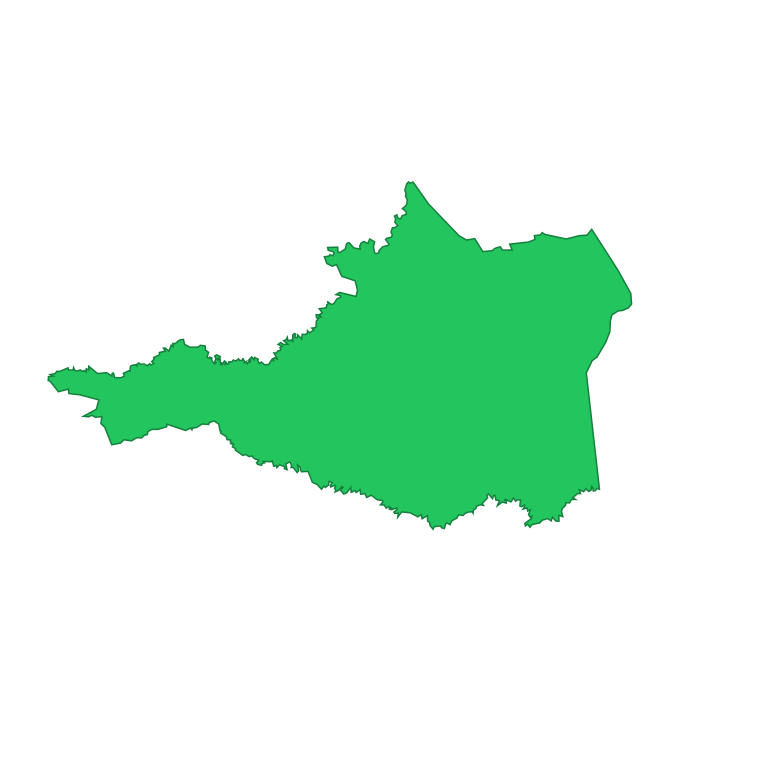 the district of Simon Bolivar, Guayas, Ecuador, rotated 141°
{"feature_id": "8360857B9786839624042", "entity_name": "Simon Bolivar", "entity_type": "district", "adm_level": 2, "iso_a3": "ECU", "parent_name": "Ecuador", "parent_adm1": "Guayas", "projection": "orthographic", "projection_center": [-79.376, -2.042], "detail": "fine", "context": "isolated", "style": "filled", "palette": "green", "viewbox_px": 768, "rotation_deg": 141, "n_neighbors": 0, "source": "geoboundaries", "source_scale": "gbopen_adm2", "svg_char_len": 6171}
<svg xmlns="http://www.w3.org/2000/svg" viewBox="0 0 768 768"><g transform="rotate(141 384 384)"><path d="M130.6,325.0L125.2,373.5L132.5,371.9L138.9,376.4L151.1,382.0L164.8,399.0L165.8,402.1L168.8,401.5L173.7,404.7L175.7,401.3L182.4,403.4L198.3,413.6L200.1,407.5L207.8,413.6L207.2,417.4L212.4,419.6L216.1,419.6L223.9,424.7L222.0,439.9L229.2,443.9L232.4,452.1L236.1,495.8L234.3,522.6L237.4,523.7L237.7,525.6L240.2,525.4L245.9,521.4L247.0,518.1L249.2,516.3L249.9,512.6L252.4,510.2L254.4,508.8L259.3,508.8L258.4,504.2L259.8,501.8L263.9,503.4L267.3,501.9L268.8,504.4L267.5,507.4L270.3,507.9L271.1,504.9L273.8,502.9L273.6,498.5L276.6,498.5L279.0,500.1L283.0,497.7L283.6,494.8L286.0,493.4L289.9,495.5L291.9,495.3L292.0,489.8L293.0,489.0L298.8,491.5L304.1,490.7L305.4,489.3L308.1,490.2L308.8,491.6L305.9,497.2L301.8,500.5L303.9,505.7L308.0,503.4L310.0,507.4L313.0,507.9L316.1,506.5L317.6,503.8L321.8,508.8L322.2,515.8L324.6,516.7L329.1,513.3L335.7,513.9L336.7,515.6L333.9,519.5L341.9,525.6L343.2,523.0L340.3,518.9L340.4,517.1L342.9,515.8L344.8,518.6L346.0,517.9L350.3,520.4L352.6,513.6L350.0,508.0L345.7,506.7L349.1,494.2L341.5,482.4L345.5,473.7L350.6,469.6L360.9,483.1L365.1,483.7L362.3,480.2L363.3,478.6L366.8,479.8L372.6,478.0L374.8,479.0L376.2,483.9L376.5,481.5L378.6,481.5L381.0,479.6L387.0,483.3L387.1,478.3L390.3,478.5L390.8,475.6L392.2,476.6L391.1,478.8L393.1,480.6L394.8,478.0L393.7,476.2L396.9,475.5L401.4,470.8L405.0,472.9L404.5,470.2L409.6,470.5L410.0,473.6L411.7,471.6L413.3,471.6L416.3,474.1L419.5,470.9L420.2,476.6L422.1,474.6L424.0,476.4L421.3,478.5L421.8,479.6L424.0,479.6L428.7,473.8L427.8,476.3L431.5,478.0L429.7,481.2L432.2,480.1L434.7,480.8L433.7,475.4L437.3,478.0L438.2,481.2L441.4,481.4L439.6,477.2L442.1,477.6L442.2,475.8L443.5,475.5L445.8,476.5L448.2,475.8L450.0,477.5L451.2,469.8L452.4,473.2L454.2,473.5L455.4,470.9L455.2,473.7L461.3,471.8L464.6,473.9L465.5,478.3L467.9,478.2L467.5,481.6L466.1,482.4L467.9,486.1L469.8,484.6L469.8,488.3L474.1,487.7L472.6,486.6L474.3,485.2L475.0,486.4L477.5,485.7L476.8,488.1L480.0,488.4L478.3,488.9L477.5,493.1L478.5,491.3L481.3,493.0L481.2,495.1L484.5,495.0L486.1,497.5L488.1,496.9L490.7,498.9L491.9,497.5L494.7,498.8L495.1,499.6L492.9,499.8L493.5,502.3L498.0,500.8L498.5,502.2L496.7,501.9L497.6,504.1L495.9,506.1L498.0,507.3L497.9,508.8L495.1,507.5L494.0,508.3L495.8,512.1L498.2,512.2L498.4,509.8L501.6,507.7L501.1,506.3L503.2,506.2L503.1,510.4L501.4,512.7L502.6,514.4L503.4,513.4L504.7,516.1L500.4,519.0L501.4,522.9L499.0,526.0L502.4,529.7L505.1,529.6L511.7,534.7L514.0,540.3L511.8,544.9L515.6,546.9L521.0,546.8L522.7,548.5L524.4,545.8L525.0,548.1L530.4,544.9L531.5,549.8L532.9,550.7L533.3,547.1L538.8,549.9L539.9,548.0L546.4,549.5L547.2,547.9L550.4,547.6L550.0,544.8L553.1,545.4L553.4,547.2L556.4,547.2L557.8,550.5L561.1,552.7L561.2,554.6L563.7,554.8L564.8,553.5L565.2,555.5L568.6,557.3L570.1,557.2L573.3,553.8L573.5,554.7L579.8,556.3L580.8,553.5L584.5,554.4L589.3,558.5L587.3,562.8L588.5,563.3L590.5,561.4L592.4,567.3L600.0,572.4L602.3,583.6L604.5,580.7L605.7,583.2L608.1,581.0L608.3,583.0L610.6,583.7L611.1,586.0L614.8,587.5L615.6,589.4L614.9,592.1L616.9,590.5L620.3,593.3L619.4,595.4L628.0,597.8L630.3,599.8L632.9,599.0L637.5,601.4L636.2,598.2L640.1,600.9L642.8,598.0L641.8,596.7L641.9,582.9L632.5,578.6L634.9,574.9L627.3,567.1L615.6,551.1L623.5,545.4L638.0,548.1L634.3,544.5L630.6,543.4L629.3,539.8L623.8,536.3L628.9,531.4L628.2,526.3L633.8,508.1L626.0,503.9L621.2,504.3L616.1,498.8L609.8,497.8L606.4,494.7L602.4,495.0L599.8,493.6L597.5,495.6L593.2,494.9L587.8,490.8L579.7,487.5L578.0,489.4L567.4,472.7L562.0,471.5L562.1,469.3L560.6,470.3L557.1,468.2L550.4,467.3L545.7,462.9L544.1,464.0L539.3,462.2L537.6,456.9L540.9,450.9L540.5,449.4L541.9,448.8L539.6,442.2L541.0,439.6L538.4,437.0L539.8,435.8L539.1,434.4L540.6,434.0L538.9,431.8L541.4,430.5L540.0,427.3L541.1,426.1L538.6,417.3L535.9,416.3L534.5,412.4L532.1,411.3L531.6,407.2L529.2,403.7L532.7,402.9L532.7,401.0L530.3,397.9L528.6,399.0L526.4,397.9L526.5,399.8L520.8,394.7L519.2,394.5L521.5,389.4L519.0,388.3L519.8,386.5L516.4,387.0L515.4,386.0L513.1,381.8L514.7,380.9L513.2,378.4L510.7,383.7L506.2,382.7L506.9,379.0L508.8,377.6L507.0,376.1L507.2,369.9L504.8,370.3L502.2,375.4L501.6,372.5L503.4,367.8L498.0,363.8L501.5,352.8L499.1,347.7L498.8,341.5L495.0,342.5L494.6,340.6L490.8,340.3L488.0,342.9L486.4,340.1L489.7,338.8L490.2,337.5L486.0,336.3L486.0,334.8L488.0,334.2L488.2,332.1L489.9,330.8L486.4,329.9L481.1,330.8L480.8,329.5L484.7,329.3L484.5,323.7L481.2,322.9L474.9,324.5L477.7,320.5L473.5,319.2L473.9,317.2L469.1,317.0L471.5,313.0L467.9,310.8L468.9,306.7L463.9,305.6L462.2,298.5L458.5,294.4L459.3,292.9L462.8,292.4L460.0,289.8L460.4,286.2L457.3,285.7L456.3,282.7L458.0,284.2L458.6,283.4L457.2,281.6L452.0,279.6L452.8,278.3L457.0,278.2L457.1,276.9L454.2,274.6L457.1,271.9L450.7,273.4L444.6,267.3L441.3,259.5L437.3,259.1L439.2,255.3L433.1,254.4L436.5,249.8L435.6,247.8L437.2,245.3L437.3,240.3L434.8,241.5L429.3,238.1L429.8,236.1L428.1,233.7L423.6,236.6L422.3,236.2L421.3,233.1L417.3,235.0L411.6,233.9L408.5,235.4L405.0,231.9L402.6,232.5L399.2,231.5L395.9,229.2L396.1,227.5L394.2,229.6L390.7,229.5L389.1,230.7L385.4,229.8L383.1,227.1L382.9,229.4L375.1,230.3L374.4,232.6L372.1,232.9L371.8,226.6L369.2,228.3L367.8,227.5L370.1,223.4L367.7,220.7L372.5,218.0L366.5,217.9L363.9,214.5L362.7,216.0L363.4,217.9L362.3,218.1L359.7,212.5L355.2,213.9L355.4,210.0L353.3,210.1L350.9,207.9L355.2,203.7L354.4,202.1L351.2,201.6L351.9,200.1L354.7,199.3L350.8,197.6L352.3,194.9L349.5,194.1L353.9,191.5L354.2,188.4L352.2,188.3L353.9,186.7L362.3,187.0L363.4,184.7L360.6,184.5L360.7,180.8L357.5,181.6L350.3,178.0L346.7,178.6L341.4,176.3L340.2,172.4L336.9,174.5L336.7,169.3L334.3,167.3L330.7,171.9L328.5,168.4L326.2,173.4L323.7,175.0L319.2,175.5L317.5,177.3L314.6,174.8L311.0,176.3L307.8,173.7L308.7,176.8L302.5,177.0L300.3,175.1L298.9,178.9L296.5,174.6L293.1,175.5L292.5,171.6L289.6,171.3L287.3,173.8L286.9,172.3L288.7,169.2L287.0,168.1L284.3,168.9L282.8,166.6L219.8,265.3L207.5,271.1L201.5,270.9L185.6,276.8L175.7,282.4L168.2,290.7L163.3,294.3L156.0,293.4L152.1,290.9L146.1,289.3L141.2,290.4L135.2,299.1L130.6,325.0Z" fill="#22c55e" stroke="#15803d" stroke-width="1.5"/></g></svg>